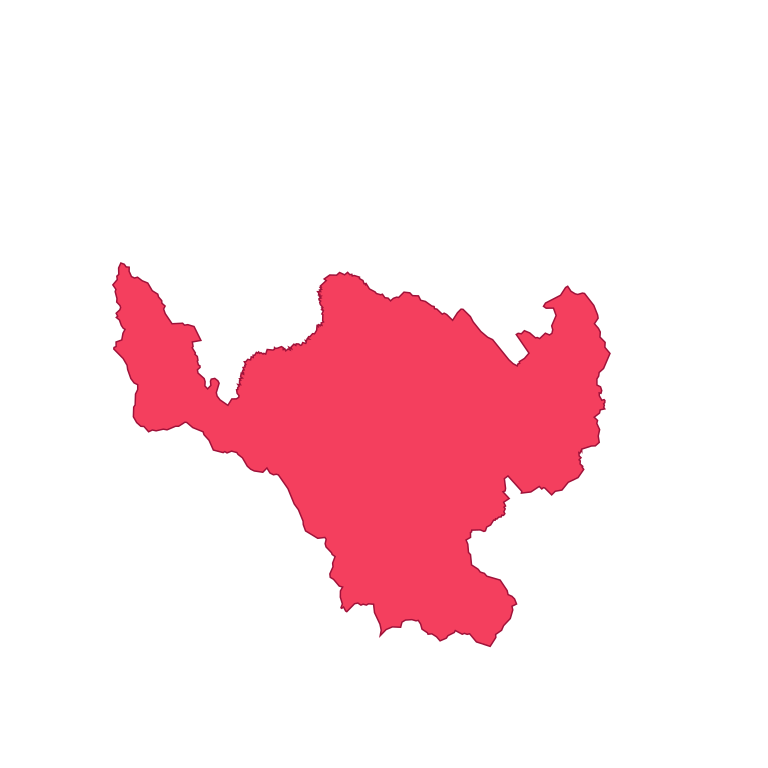 the district of Thung Song, Nakhon Si Thammarat, Thailand, rotated 138°
{"feature_id": "78962969B2531694567463", "entity_name": "Thung Song", "entity_type": "district", "adm_level": 2, "iso_a3": "THA", "parent_name": "Thailand", "parent_adm1": "Nakhon Si Thammarat", "projection": "natural_earth1", "projection_center": [99.635, 8.081], "detail": "fine", "context": "isolated", "style": "filled", "palette": "rose", "viewbox_px": 768, "rotation_deg": 138, "n_neighbors": 0, "source": "geoboundaries", "source_scale": "gbopen_adm2", "svg_char_len": 6171}
<svg xmlns="http://www.w3.org/2000/svg" viewBox="0 0 768 768"><g transform="rotate(138 384 384)"><path d="M358.2,502.1L357.7,499.5L365.6,499.4L365.8,498.0L366.9,498.6L367.1,496.1L369.0,497.0L369.3,495.1L371.5,497.0L371.7,495.1L373.0,494.0L371.9,493.4L372.9,492.8L372.0,491.5L373.5,491.8L373.3,490.1L375.2,490.9L376.0,490.0L375.6,488.0L377.1,487.8L378.1,485.7L378.3,481.9L379.4,482.2L379.5,480.7L380.6,480.9L380.0,479.0L383.3,477.6L383.1,476.4L387.2,472.1L387.4,470.6L389.9,471.4L390.9,469.2L391.7,470.4L392.6,470.0L392.7,471.8L393.9,472.1L394.5,470.9L394.8,472.1L398.1,469.0L402.0,467.8L403.4,469.2L407.3,468.7L408.3,469.6L410.0,469.1L409.7,467.8L410.8,469.0L412.7,468.0L413.3,468.9L413.8,467.1L415.0,466.5L416.7,469.2L419.1,468.1L420.2,468.6L420.6,470.8L422.4,472.6L423.7,471.7L424.3,473.9L428.4,473.6L429.1,472.0L430.1,474.9L431.0,472.2L431.9,474.2L434.8,474.4L433.9,477.4L434.7,476.3L435.9,477.0L434.6,478.5L435.2,480.4L439.0,481.8L440.8,483.0L441.0,484.3L442.4,483.1L443.8,483.5L447.7,487.8L451.9,485.4L452.8,487.2L453.8,487.2L454.5,489.6L455.9,490.0L455.7,491.7L457.2,491.5L457.7,492.9L460.8,491.9L462.0,493.0L463.4,491.2L464.5,493.0L467.0,491.2L468.8,493.5L471.5,493.0L472.9,494.0L473.7,490.9L474.9,491.2L475.8,489.7L477.7,490.6L478.5,488.1L479.4,488.7L481.2,487.8L480.9,486.3L481.8,485.2L482.8,487.6L485.7,485.4L485.3,483.2L487.8,484.6L488.0,482.8L488.9,483.3L490.5,481.7L491.1,479.5L492.9,481.5L493.1,479.4L495.2,479.2L496.3,477.8L497.4,478.4L499.4,475.3L499.5,472.5L500.8,471.3L503.6,471.7L507.1,474.7L514.3,472.6L516.5,482.0L516.1,486.7L514.4,489.8L506.0,494.9L505.3,497.6L506.0,501.4L509.1,503.2L511.1,502.2L513.6,498.8L518.3,498.4L518.4,502.4L515.4,505.4L514.0,508.4L514.9,516.6L513.2,519.4L509.6,519.4L508.6,520.7L509.2,522.3L507.4,526.0L506.4,526.1L504.3,529.4L504.6,532.6L503.4,533.3L502.3,539.3L500.8,539.6L498.3,543.5L490.9,538.9L486.7,553.8L490.1,559.4L492.9,561.2L493.0,563.9L501.2,570.6L499.5,582.7L497.6,587.2L494.5,588.4L495.0,592.6L493.4,594.7L493.3,599.6L492.0,602.1L493.8,608.4L492.0,617.1L494.6,622.5L495.7,628.3L498.5,629.7L499.8,632.8L498.0,638.3L495.2,641.3L497.3,643.6L496.9,646.8L498.6,650.0L503.6,647.8L507.8,642.9L510.4,642.9L512.3,640.1L519.2,639.1L519.9,633.7L522.0,632.5L525.3,626.1L527.8,623.8L527.7,618.9L528.6,617.0L530.7,615.9L535.7,615.8L536.5,612.6L538.4,612.6L537.8,608.6L540.0,603.3L540.5,599.8L539.8,597.9L544.0,596.4L549.4,592.2L555.0,594.5L558.0,591.1L560.2,591.8L561.4,590.8L560.8,577.5L562.4,569.8L564.8,566.3L568.5,557.4L569.0,552.0L567.5,548.3L570.7,544.7L575.4,542.8L582.9,535.0L585.5,534.3L592.2,527.3L593.6,520.8L593.0,515.3L590.8,513.0L590.9,506.0L586.9,504.8L584.7,501.7L578.2,498.1L575.9,495.1L567.2,492.1L564.9,490.0L557.5,488.8L556.3,487.4L555.3,479.6L550.4,469.5L551.7,466.8L551.7,459.2L555.0,449.1L549.4,440.6L547.5,440.3L546.8,437.8L542.2,436.1L539.2,431.5L539.6,429.4L538.6,423.9L540.6,414.4L540.1,409.9L538.6,406.2L533.1,399.5L527.2,399.9L528.3,394.1L526.9,390.5L524.4,389.0L523.3,387.1L525.4,370.5L531.0,354.9L531.7,347.9L535.9,336.2L538.1,333.5L540.6,327.3L536.5,313.7L530.6,309.5L530.9,307.3L534.6,304.7L536.1,301.7L535.9,293.7L536.6,292.0L535.8,288.5L542.1,285.2L544.2,282.3L551.3,279.1L553.3,276.3L552.2,272.6L552.5,263.8L550.6,260.8L554.8,259.4L559.1,254.8L562.1,248.4L565.7,246.5L565.5,245.6L563.3,245.3L564.4,241.0L564.0,239.7L552.9,240.4L550.0,238.7L549.1,235.1L546.9,234.4L545.0,231.5L542.6,231.0L539.1,227.3L544.0,220.5L547.7,208.2L550.8,202.9L555.2,199.5L546.7,200.1L540.3,197.9L534.4,192.1L530.0,195.0L526.0,194.2L520.9,190.2L518.7,186.6L516.7,185.4L517.4,181.1L519.8,176.4L518.2,170.1L518.7,168.6L515.6,166.3L514.1,161.0L514.2,155.6L507.7,153.4L504.9,154.2L498.0,152.3L496.0,153.1L493.3,145.7L491.1,144.9L489.7,142.3L487.5,141.1L487.9,130.5L480.7,118.0L470.5,120.8L468.6,123.2L461.4,122.3L456.8,124.4L447.1,125.2L439.5,129.9L437.6,133.2L432.7,131.8L430.8,136.9L431.0,140.6L432.7,144.5L430.7,148.1L428.9,160.6L436.2,172.4L436.1,176.1L438.3,179.8L438.0,183.4L440.0,191.0L433.9,199.3L433.9,202.3L428.9,208.9L427.4,213.2L422.3,212.1L419.1,215.8L417.9,215.5L416.6,216.7L410.1,211.2L408.4,207.6L406.9,207.0L403.4,209.0L399.1,207.9L393.6,209.5L392.6,208.4L391.3,209.2L390.5,208.1L387.9,208.3L385.7,206.8L384.3,207.7L383.1,206.4L381.0,206.7L380.4,208.9L377.5,210.1L377.2,212.2L375.3,212.0L374.2,216.1L367.6,215.1L367.7,224.3L365.5,223.5L363.5,225.1L357.9,233.1L353.4,232.7L353.4,212.1L354.9,211.0L347.1,205.5L337.2,204.0L337.0,200.4L334.9,200.3L334.1,199.2L333.6,189.4L328.5,189.7L322.7,186.1L312.9,187.7L302.4,184.6L292.7,186.9L292.3,189.8L291.4,189.9L291.8,193.4L289.6,195.5L289.8,197.1L286.9,197.4L287.1,199.9L285.1,202.6L284.7,201.5L281.8,202.7L282.0,201.8L280.6,203.3L271.3,199.1L268.3,196.6L263.1,196.6L259.6,202.0L254.3,205.8L252.2,212.4L249.7,214.0L250.0,218.7L243.3,218.2L240.6,220.1L236.6,217.8L236.3,219.7L234.4,220.8L234.1,222.3L232.4,222.4L230.9,223.9L230.9,225.1L233.0,226.2L231.9,231.1L230.0,233.4L229.0,231.9L226.6,233.4L225.0,237.0L226.4,240.8L222.4,245.3L219.2,246.2L216.4,248.6L210.5,248.6L195.6,255.5L195.3,263.5L191.8,267.0L192.1,274.4L188.5,277.9L187.4,281.9L187.3,288.0L180.9,289.6L179.1,292.3L175.5,302.0L174.4,317.1L175.7,318.8L180.1,320.9L181.6,323.1L183.0,327.8L182.1,333.7L184.5,334.2L193.4,331.8L209.8,336.1L213.5,335.0L212.8,331.9L207.3,327.0L210.3,319.7L220.5,315.0L222.3,311.4L225.3,309.3L228.2,309.7L230.1,313.8L237.9,313.6L239.0,316.0L240.6,316.9L241.5,324.4L244.0,329.7L248.3,329.4L250.4,331.9L252.6,332.3L255.6,309.9L262.6,309.0L268.6,310.1L269.3,308.6L271.0,309.3L272.9,308.3L274.5,312.8L275.0,318.5L273.6,344.3L275.7,349.4L276.9,358.2L276.2,370.5L274.7,376.3L275.3,386.6L276.7,388.1L281.7,387.8L290.4,385.4L290.9,393.7L291.9,396.4L294.0,396.9L294.6,404.3L296.1,406.2L294.9,408.0L296.3,410.0L298.0,417.7L300.7,421.7L299.4,426.4L303.7,430.6L303.8,434.5L307.7,438.9L315.2,438.5L316.5,440.1L319.7,441.4L323.5,441.4L323.5,445.1L325.6,447.5L325.1,451.8L326.7,452.5L329.1,456.3L329.0,458.4L331.2,464.4L330.1,470.5L331.2,470.3L330.8,471.2L331.7,471.9L330.4,475.0L331.7,478.8L330.7,479.8L333.5,484.5L335.3,485.6L334.5,487.0L336.3,488.2L336.3,491.3L340.2,491.5L342.4,496.6L346.4,496.6L351.4,501.3L358.2,502.1Z" fill="#f43f5e" stroke="#9f1239" stroke-width="1.5"/></g></svg>